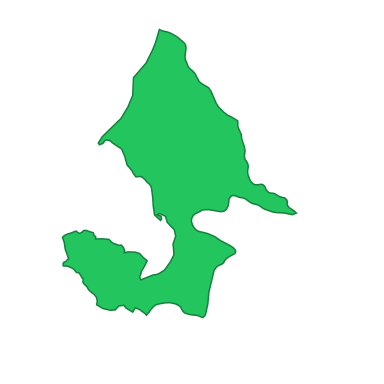 an SVG outline of Shizuoka, rotated 111°
{"feature_id": "JPN-1845", "entity_name": "Shizuoka", "entity_type": "Prefecture", "adm_level": 1, "iso_a3": "JPN", "parent_name": "Japan", "parent_adm1": "", "projection": "albers", "projection_center": [138.464, 35.111], "detail": "fine", "context": "isolated", "style": "filled", "palette": "green", "viewbox_px": 384, "rotation_deg": 111, "n_neighbors": 0, "source": "natural_earth", "source_scale": "10m", "svg_char_len": 3354}
<svg xmlns="http://www.w3.org/2000/svg" viewBox="0 0 384 384"><g transform="rotate(111 192 192)"><path d="M323.4,190.4L322.4,192.0L320.5,199.1L320.4,203.5L325.4,204.3L324.7,208.1L324.0,212.0L322.2,214.9L324.6,219.5L329.6,221.4L331.7,226.0L332.7,233.6L331.5,240.6L327.9,241.3L324.5,243.6L322.8,246.4L322.0,249.2L320.5,253.2L317.9,256.5L316.7,259.6L315.3,261.6L312.5,262.3L311.3,264.4L309.9,265.9L307.9,268.7L308.6,271.0L307.7,272.4L306.3,275.1L305.8,278.8L306.1,282.6L307.2,285.6L305.3,286.7L303.6,286.5L302.3,285.1L298.3,283.4L290.8,289.9L285.0,293.1L280.7,296.7L278.1,295.4L275.8,293.1L273.9,290.6L270.0,286.3L271.0,283.0L270.4,281.5L269.2,280.4L267.9,280.0L266.7,279.2L265.8,277.3L265.7,273.7L265.4,269.7L267.4,268.0L268.3,265.8L270.4,265.2L267.8,258.8L266.0,252.6L267.6,249.2L268.3,245.8L268.0,245.3L268.0,241.2L266.9,239.1L268.4,236.1L270.7,233.9L272.9,233.5L271.0,230.4L270.2,228.5L268.5,223.5L268.2,218.7L270.7,213.9L272.2,209.2L278.9,209.8L283.7,210.7L287.0,210.4L290.1,210.4L292.4,208.3L283.4,198.6L280.9,194.3L275.0,189.8L265.2,187.2L257.2,186.4L251.8,188.8L247.4,191.1L239.0,191.4L233.5,195.1L229.2,204.3L224.2,208.0L223.7,214.5L225.7,216.5L225.7,212.2L228.1,210.7L229.8,211.2L226.9,218.7L219.3,223.0L212.9,225.9L208.0,228.4L202.4,231.5L200.1,234.1L199.0,237.4L197.3,240.3L195.9,244.1L196.2,246.1L198.0,249.9L195.5,253.7L193.7,255.6L190.0,262.3L182.7,267.7L177.1,273.1L174.7,283.7L173.3,287.5L174.6,291.5L178.6,292.6L181.1,295.4L180.0,297.0L172.7,295.7L148.9,284.7L135.6,282.3L123.0,282.0L106.2,287.6L88.1,281.1L73.3,279.7L65.2,279.6L52.0,280.7L52.2,277.5L52.1,276.2L51.5,273.4L51.3,269.7L52.0,264.2L52.8,260.4L55.7,252.5L57.3,250.5L59.7,249.2L68.3,247.0L69.7,246.3L70.9,245.5L76.0,240.7L77.5,238.6L78.7,235.1L80.1,232.0L86.3,224.9L87.3,222.0L88.8,213.6L91.0,210.5L100.3,201.4L103.1,197.8L106.0,191.2L107.5,186.5L107.9,181.3L109.2,174.8L114.6,172.6L120.8,166.5L124.2,164.9L131.6,158.9L134.8,157.1L139.0,156.2L140.9,155.3L142.5,154.1L144.0,151.9L146.2,149.6L148.1,148.6L152.8,147.5L155.8,146.0L160.3,141.9L162.0,139.2L162.7,136.4L162.2,134.4L161.3,132.4L160.0,130.4L159.8,128.4L160.5,126.3L163.3,123.5L164.7,121.0L165.0,119.0L164.4,116.9L163.9,114.5L164.6,110.9L164.9,108.3L164.7,105.8L164.3,103.3L165.5,100.5L167.4,99.3L169.8,98.6L171.1,97.0L171.9,95.3L172.7,91.1L174.3,87.0L177.2,90.2L177.6,92.2L178.5,98.2L181.0,105.8L181.7,109.4L182.0,118.1L181.7,120.3L180.6,124.3L180.5,126.4L181.1,131.6L180.7,134.7L179.2,139.9L179.2,142.2L179.8,144.6L180.1,146.8L180.0,148.8L180.1,150.8L180.7,152.9L182.5,154.2L185.1,154.9L188.7,153.9L192.1,153.3L196.0,153.7L198.5,155.3L200.1,158.1L202.5,170.2L203.8,173.2L205.2,176.0L207.6,177.8L211.1,181.1L213.0,182.3L215.1,182.7L217.6,182.7L220.0,181.8L222.5,179.7L224.2,177.8L225.1,176.3L225.7,175.2L226.0,174.1L226.3,172.5L226.2,170.1L225.8,167.6L225.2,162.5L225.5,154.8L227.2,147.6L228.4,137.1L229.1,134.0L230.2,131.4L231.7,129.9L233.9,129.8L240.0,134.9L243.2,136.6L246.9,137.2L249.1,138.6L250.6,140.4L253.1,142.2L257.2,143.3L279.2,140.4L290.9,137.1L301.5,135.5L303.2,135.8L305.2,136.9L305.4,138.4L305.3,142.0L305.5,143.6L305.8,144.8L306.4,146.6L307.3,150.8L307.5,153.1L307.6,155.3L307.2,156.5L306.4,158.1L303.7,161.2L302.7,163.7L302.4,167.6L303.2,172.8L305.0,177.2L308.1,182.3L309.7,184.6L310.9,185.7L312.5,186.8L316.3,188.2L319.8,189.0L323.4,190.4Z" fill="#22c55e" stroke="#15803d" stroke-width="1.5"/></g></svg>